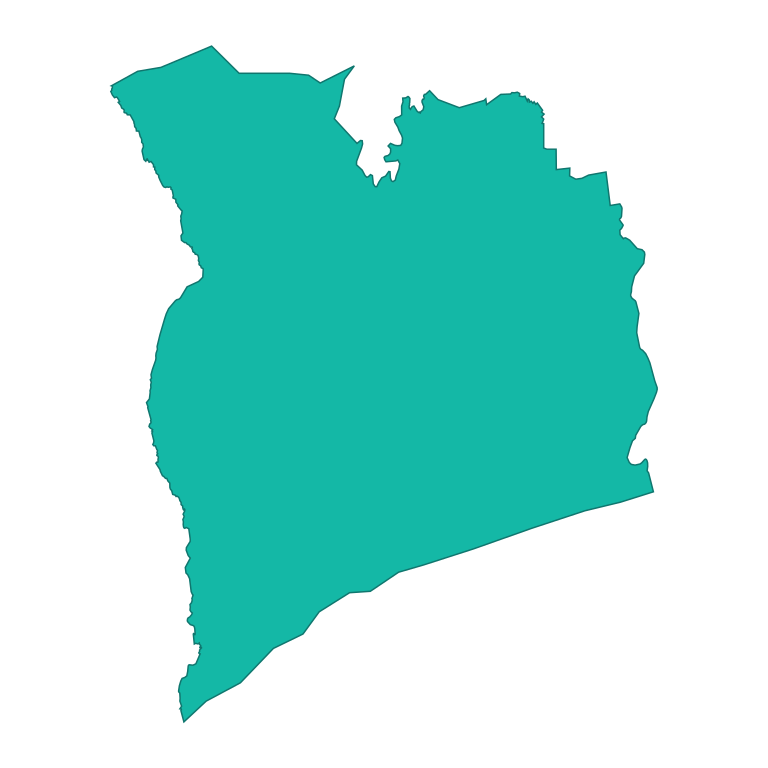 the district of Weija Gbawe Municipal, Greater Accra, Ghana
{"feature_id": "2480657B6669757606157", "entity_name": "Weija Gbawe Municipal", "entity_type": "district", "adm_level": 2, "iso_a3": "GHA", "parent_name": "Ghana", "parent_adm1": "Greater Accra", "projection": "equal_earth", "projection_center": [-0.376, 5.542], "detail": "fine", "context": "isolated", "style": "filled", "palette": "teal", "viewbox_px": 768, "rotation_deg": 0, "n_neighbors": 0, "source": "geoboundaries", "source_scale": "gbopen_adm2", "svg_char_len": 6088}
<svg xmlns="http://www.w3.org/2000/svg" viewBox="0 0 768 768"><path d="M151.9,433.0L153.9,440.9L153.5,443.1L152.8,444.5L153.8,445.8L155.4,445.8L156.8,449.5L157.5,450.3L157.0,452.8L157.7,453.7L156.8,455.0L156.9,455.5L158.1,456.3L158.4,457.3L158.0,459.4L158.1,461.2L157.8,462.3L156.9,462.1L155.9,463.2L160.0,469.6L160.3,471.2L162.5,475.8L163.6,476.3L165.5,478.4L166.8,478.4L167.9,481.0L169.8,483.1L169.9,487.5L170.4,489.1L171.7,490.7L172.7,494.4L175.1,495.1L176.1,496.5L176.9,496.1L178.5,497.1L179.3,498.5L179.9,500.7L181.1,502.4L181.1,504.6L182.6,505.9L182.7,507.5L183.3,509.6L183.6,509.9L184.4,509.0L184.8,509.3L184.7,511.0L183.1,514.2L184.1,516.2L183.9,517.3L182.9,519.5L183.4,521.8L183.2,524.5L183.5,526.7L183.9,527.8L184.8,528.3L186.2,527.5L188.8,528.7L190.2,539.0L190.2,541.4L186.4,547.6L186.2,550.2L188.2,555.6L190.3,558.1L185.3,567.5L186.0,573.0L187.7,574.7L189.6,578.7L191.2,591.7L192.6,594.8L193.1,595.1L191.9,598.5L192.2,599.8L191.9,601.5L191.3,603.0L190.0,604.5L190.3,607.1L190.0,610.1L190.9,611.7L192.3,613.0L191.5,614.9L189.6,617.1L188.3,617.7L187.5,619.0L187.3,620.9L187.8,621.9L190.3,624.6L193.1,625.5L194.2,626.4L194.8,628.8L195.1,633.7L194.9,634.6L194.5,634.6L193.7,633.6L193.3,634.0L194.3,644.0L195.7,643.3L197.9,643.9L199.3,643.0L199.5,644.3L200.7,645.6L200.5,646.5L199.8,647.2L199.9,647.6L201.0,647.3L201.4,647.4L201.5,647.9L199.6,650.0L199.6,651.4L198.8,652.9L199.3,653.6L200.1,653.9L195.9,663.8L193.0,665.2L189.4,664.8L188.6,665.1L188.2,666.1L187.7,671.4L186.8,675.9L184.7,677.5L182.1,678.4L180.8,681.0L179.4,685.7L178.6,691.0L178.7,691.8L179.8,693.1L180.1,698.3L179.9,701.1L181.6,706.2L179.9,708.8L181.2,709.0L181.4,709.4L180.9,710.6L183.9,721.9L206.2,701.1L240.4,682.8L273.4,648.4L303.0,634.0L319.2,611.8L349.6,592.7L370.3,591.3L398.6,572.2L423.7,564.9L473.7,548.8L531.4,528.4L584.8,510.8L620.7,502.1L653.4,491.8L648.6,472.9L647.1,470.8L647.7,466.5L647.6,462.9L647.0,460.7L646.3,459.5L645.4,459.1L644.7,459.5L641.7,462.8L640.0,464.0L635.1,465.1L631.3,464.4L629.3,462.5L627.1,457.6L630.0,447.6L632.5,440.8L635.3,438.3L635.7,435.3L640.8,426.4L642.7,424.7L644.7,424.1L646.0,422.7L646.6,421.1L647.0,416.8L648.3,411.5L654.0,398.7L656.5,392.2L657.2,389.3L657.1,387.5L654.8,381.0L649.9,362.9L648.0,358.3L645.7,353.7L642.6,350.3L640.6,349.1L639.7,347.6L636.7,332.7L637.1,326.7L638.9,313.5L635.9,301.9L635.3,300.8L632.0,298.2L630.7,296.0L630.7,294.4L631.4,291.7L631.7,286.8L634.5,275.9L643.7,263.3L644.8,254.5L644.4,252.1L642.0,249.7L637.3,248.7L629.7,240.2L628.2,239.3L625.7,237.9L624.0,238.1L623.3,238.7L620.1,234.7L619.8,230.2L621.5,228.5L623.1,225.5L623.1,225.0L619.5,219.9L619.7,218.8L620.9,217.8L621.5,216.3L622.0,208.5L621.7,207.1L619.8,203.9L610.2,205.5L606.0,172.0L588.6,175.1L582.0,178.3L575.8,179.2L569.6,175.9L569.8,168.1L556.3,169.6L556.1,149.2L546.8,149.2L543.7,148.0L543.7,123.7L542.1,123.4L543.7,119.1L541.5,116.9L544.1,114.1L541.5,112.1L542.6,110.3L537.3,103.0L535.8,104.4L534.1,101.8L532.9,103.3L531.2,101.2L529.4,102.1L529.3,100.0L528.1,98.9L527.3,101.1L525.0,96.2L522.8,96.7L519.4,96.1L519.7,93.5L517.3,92.2L514.5,92.8L511.9,92.6L510.6,94.0L500.8,94.4L486.6,104.7L485.8,98.8L484.0,100.5L459.3,107.7L438.0,99.6L429.6,90.7L425.5,94.4L424.4,94.4L423.7,95.7L423.7,96.6L424.3,97.8L423.6,99.4L422.8,99.2L422.1,100.3L422.0,102.0L423.8,106.7L423.1,109.8L420.8,111.7L420.3,112.9L419.4,112.1L419.0,112.6L417.2,111.4L413.9,106.0L412.3,106.6L411.2,107.8L410.5,109.4L409.3,108.2L409.1,106.1L409.6,105.0L409.4,103.7L409.7,102.7L409.9,98.5L408.6,96.8L408.0,96.5L405.7,97.9L402.7,98.1L403.0,101.8L401.6,106.1L401.7,114.9L399.4,116.6L395.8,117.8L394.3,119.4L394.9,122.2L397.9,127.2L399.1,130.6L401.6,135.3L402.5,138.0L402.0,143.2L400.7,145.4L397.6,145.7L394.8,145.3L390.5,143.4L388.1,146.0L390.6,148.7L390.6,152.1L389.9,153.9L388.1,155.5L385.1,156.3L384.1,157.4L384.7,159.7L386.0,161.8L395.9,160.9L397.8,160.0L399.8,163.6L398.9,169.0L396.2,176.1L395.3,180.1L393.0,181.6L391.5,180.9L390.4,178.2L390.0,171.7L388.8,171.5L385.6,176.1L381.8,177.8L379.0,182.0L376.8,186.7L375.1,186.6L373.3,183.9L372.4,175.6L370.5,174.6L368.2,176.8L366.7,177.2L365.0,175.5L362.2,170.1L356.5,164.8L356.6,161.3L361.5,148.1L362.6,143.9L362.2,140.7L360.5,140.5L357.0,143.4L334.3,118.8L339.4,106.1L344.5,79.2L354.3,65.9L320.2,83.0L308.6,75.2L289.8,73.3L239.1,73.3L211.6,46.1L160.9,67.4L137.7,71.3L111.4,85.8L112.4,86.1L112.3,88.2L111.7,89.0L111.8,90.4L110.8,91.4L112.4,95.0L114.5,97.7L116.6,97.0L117.4,97.7L119.6,101.4L118.2,102.3L120.8,105.4L121.7,108.0L123.6,109.2L124.2,110.1L124.0,112.1L124.3,112.6L126.6,113.2L127.3,114.8L130.2,114.9L134.0,121.8L133.9,122.9L134.4,124.0L134.7,126.7L136.1,128.4L136.4,131.0L138.9,131.2L140.3,136.8L140.9,137.4L141.7,139.6L141.7,142.3L143.0,143.8L143.4,147.0L142.4,149.2L142.1,151.1L144.0,159.6L145.8,161.3L146.8,159.1L147.2,158.9L147.6,159.4L147.6,160.4L148.6,160.9L149.1,162.2L151.1,161.5L153.5,164.7L153.5,166.9L154.8,167.1L154.7,169.6L155.8,170.8L156.1,173.0L158.7,175.3L158.7,176.9L160.0,180.1L162.7,185.5L164.0,187.0L165.7,187.5L166.9,186.8L168.2,187.3L170.3,186.9L171.0,187.5L170.9,189.1L172.2,190.0L173.4,196.1L172.9,196.9L173.0,198.0L175.8,199.3L175.9,202.2L177.9,204.7L177.7,205.9L181.4,210.4L181.9,210.6L182.1,211.2L181.6,214.1L180.8,216.1L181.1,218.7L180.7,220.8L182.9,233.0L181.0,235.8L181.5,240.3L184.6,242.6L186.0,242.6L187.1,244.0L189.1,245.0L190.5,246.9L192.1,247.0L192.3,247.5L191.8,248.5L192.5,249.5L192.8,251.4L193.5,252.2L194.6,252.6L195.2,254.2L196.8,254.5L198.0,255.4L198.7,258.1L198.4,260.7L199.3,262.1L199.0,264.0L199.2,264.8L200.7,265.8L201.3,267.8L203.0,268.5L203.2,269.6L202.8,277.2L198.6,281.5L187.1,286.8L180.5,297.8L178.9,299.2L176.8,299.7L175.4,300.7L168.7,308.6L166.3,313.7L164.7,318.6L160.0,334.6L157.1,346.5L157.4,349.4L156.1,353.2L155.8,355.9L156.0,358.0L155.6,360.4L152.5,369.2L151.0,374.7L151.5,378.3L150.3,379.7L151.3,382.2L150.7,384.9L150.9,387.7L150.0,390.8L150.2,392.2L149.4,398.9L146.5,402.6L148.0,406.7L147.7,407.6L151.0,419.6L150.6,420.7L151.0,421.8L150.9,422.9L149.7,424.1L149.0,426.5L150.2,428.0L152.6,429.6L151.8,431.0L152.5,431.2L152.6,431.8L151.9,433.0Z" fill="#14b8a6" stroke="#0f766e" stroke-width="1.5"/></svg>